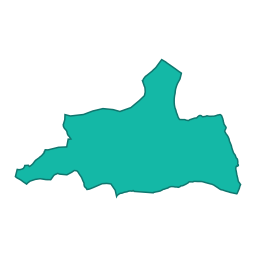 outline of Cas En Bas, Gros Islet, Saint Lucia
{"feature_id": "8701671B99981007165290", "entity_name": "Cas En Bas", "entity_type": "district", "adm_level": 2, "iso_a3": "LCA", "parent_name": "Saint Lucia", "parent_adm1": "Gros Islet", "projection": "natural_earth1", "projection_center": [-60.932, 14.085], "detail": "fine", "context": "isolated", "style": "filled", "palette": "teal", "viewbox_px": 256, "rotation_deg": 0, "n_neighbors": 0, "source": "geoboundaries", "source_scale": "gbopen_adm2", "svg_char_len": 5884}
<svg xmlns="http://www.w3.org/2000/svg" viewBox="0 0 256 256"><path d="M45.2,149.8L44.5,151.8L44.3,152.3L44.2,152.2L44.1,152.7L43.5,153.4L42.7,154.5L42.0,155.2L41.8,155.5L41.5,155.8L40.3,156.7L40.0,156.9L39.7,157.2L39.1,157.8L37.7,158.8L35.7,160.2L34.7,161.3L33.8,162.6L32.6,164.1L30.6,165.8L29.9,166.2L29.3,166.5L28.4,165.3L27.9,165.3L24.8,165.5L24.5,166.7L23.5,168.2L23.2,168.5L22.0,169.1L20.2,169.6L18.7,169.7L17.5,169.4L17.2,169.4L16.0,174.2L15.4,176.6L16.5,177.5L17.0,177.8L17.2,178.0L18.2,178.5L20.7,179.9L23.8,182.2L26.6,184.1L27.6,183.0L30.1,181.1L35.2,179.4L40.1,178.7L46.0,179.6L50.7,179.7L50.9,179.5L51.8,178.2L52.1,177.9L52.5,177.2L52.9,176.7L53.4,175.9L53.7,175.6L54.1,175.1L54.8,174.7L55.1,174.5L55.7,174.3L56.0,174.2L57.6,173.4L59.6,174.1L66.9,174.8L71.8,172.2L74.2,170.5L75.1,170.6L76.1,170.7L76.5,170.7L76.8,170.9L77.1,171.1L77.4,171.3L77.9,171.9L78.2,172.3L79.1,173.8L79.3,174.1L80.1,175.3L80.6,176.0L80.8,176.3L81.2,176.9L81.4,177.2L81.6,177.7L81.8,178.0L82.2,179.0L82.9,180.8L83.8,182.6L83.9,183.0L84.0,183.5L84.1,184.1L84.0,184.6L84.2,185.5L84.4,186.2L84.5,186.5L85.1,187.2L85.5,187.6L85.8,187.8L86.2,188.1L86.3,188.4L87.0,189.5L89.6,189.0L93.1,187.6L102.1,183.7L106.7,183.4L110.9,183.9L115.2,190.2L116.6,196.4L116.8,196.0L117.2,195.4L117.6,195.1L118.3,194.5L119.1,194.0L120.0,193.5L120.4,193.3L120.8,193.3L121.4,193.2L121.7,193.2L122.4,193.0L123.9,192.4L124.4,192.2L125.2,192.1L126.4,191.9L126.9,191.8L127.2,191.7L128.5,191.2L128.9,191.1L129.9,191.0L130.1,190.9L130.6,191.0L131.4,191.1L132.3,191.1L133.1,190.5L133.4,190.6L133.8,191.1L134.1,191.4L153.2,192.8L153.3,192.5L155.0,192.1L155.3,192.0L156.4,191.8L157.5,191.6L158.5,191.4L158.9,191.3L159.2,191.2L160.2,191.0L160.6,190.8L160.9,190.6L161.4,190.4L161.8,190.2L162.5,189.8L163.0,189.4L164.2,189.2L164.7,189.0L165.1,188.9L165.4,188.7L166.4,188.4L167.2,188.2L167.6,188.1L167.8,188.0L168.1,187.9L169.4,187.0L170.4,186.8L170.8,186.6L171.7,186.6L172.1,186.6L172.6,186.6L174.0,186.7L174.3,186.8L174.8,186.9L175.7,187.0L177.0,187.0L177.4,187.1L178.3,187.3L178.7,187.2L179.1,187.0L179.5,186.9L179.8,186.8L180.3,186.3L180.7,186.0L181.0,185.8L181.6,185.9L182.0,185.8L182.9,185.6L184.0,185.1L184.9,184.6L185.3,184.5L185.7,184.3L186.5,183.8L186.8,183.6L187.2,183.4L187.6,183.2L188.4,182.6L188.7,182.3L189.2,181.8L192.9,181.9L193.0,181.8L193.9,181.4L195.8,181.4L197.6,181.5L201.3,181.5L203.0,181.8L204.9,182.4L210.8,184.0L211.6,184.1L212.3,184.4L213.7,185.0L214.9,185.8L218.1,187.9L219.5,188.9L220.4,189.4L221.0,189.7L222.7,190.0L223.5,190.3L226.4,191.3L227.3,191.5L228.4,191.8L229.3,192.1L230.2,192.4L236.8,193.8L237.0,193.6L237.2,193.2L238.8,189.6L238.9,189.4L239.2,188.6L239.3,188.4L239.5,187.8L239.5,187.5L239.7,186.9L239.8,186.4L240.6,184.5L240.5,184.3L239.8,183.6L239.5,182.9L239.3,182.7L238.8,182.1L238.6,181.8L238.2,180.9L238.0,179.8L237.6,177.8L237.4,177.1L237.0,175.4L236.8,175.0L236.7,173.9L236.5,172.8L236.2,170.9L236.0,170.4L235.8,169.1L235.8,168.5L235.9,167.6L236.1,166.8L236.5,166.1L237.0,166.3L237.3,166.2L238.3,165.6L238.3,164.8L237.7,164.0L237.8,162.9L237.8,161.5L237.5,159.6L237.1,158.7L236.5,158.2L236.1,157.7L235.3,155.4L234.8,154.5L234.0,153.6L233.4,152.5L232.6,150.2L232.4,149.6L231.9,148.1L231.6,147.0L231.5,146.3L231.2,145.3L230.4,143.3L229.5,141.2L229.1,139.4L228.9,138.6L228.3,137.3L228.0,136.6L227.2,135.3L226.0,133.8L225.7,133.2L225.4,132.6L224.7,131.4L224.8,131.0L225.0,130.2L225.4,129.4L225.9,128.4L226.1,127.6L225.6,126.5L225.3,126.2L224.9,125.5L224.4,124.8L224.0,124.1L223.7,122.8L223.6,122.5L223.3,121.5L223.3,121.2L223.2,120.7L223.2,120.4L223.0,119.7L222.8,119.3L222.8,118.8L222.6,118.4L222.4,117.8L222.0,116.8L221.9,116.5L221.8,116.2L221.6,115.9L221.5,115.6L221.4,115.5L220.8,115.0L220.6,114.8L220.2,114.6L219.3,114.7L218.6,114.9L218.3,115.0L217.7,115.0L217.4,115.1L216.9,115.3L216.5,115.5L216.1,115.6L215.5,115.8L215.2,115.9L213.7,116.2L213.1,116.2L212.8,116.2L212.2,116.2L211.9,116.2L211.4,116.3L210.7,116.3L209.8,116.3L208.7,116.2L207.6,115.9L207.2,115.9L206.5,115.9L206.1,116.1L205.7,116.4L205.4,116.4L204.9,116.5L204.7,116.5L204.3,116.6L204.0,116.6L203.4,116.7L203.1,116.8L202.3,116.7L201.9,116.3L201.8,116.2L201.6,116.0L201.0,115.6L200.2,115.5L199.8,115.5L199.4,115.6L199.0,115.8L198.8,115.9L198.3,116.4L197.7,116.8L197.1,117.5L196.9,117.7L196.7,117.8L196.2,118.0L195.5,118.0L195.1,118.1L194.8,118.1L194.4,118.2L193.7,118.4L193.2,118.6L192.6,118.8L192.0,118.9L191.7,119.1L191.3,119.4L190.6,119.4L190.0,119.6L189.6,119.9L189.2,120.1L189.0,120.3L188.7,120.5L188.2,120.5L187.3,120.4L185.8,120.1L185.0,119.7L184.6,119.6L183.6,119.6L182.4,119.6L181.6,119.6L180.8,119.5L180.3,119.6L180.0,119.6L179.4,119.3L179.1,118.8L178.7,118.2L178.0,116.9L177.3,114.7L176.6,113.0L176.2,111.8L176.0,110.7L175.6,109.5L175.3,108.7L175.1,108.3L174.8,107.2L174.6,106.0L174.4,105.0L174.3,103.5L174.2,102.7L174.2,100.1L174.2,99.0L174.3,98.1L174.4,97.0L174.7,95.0L174.9,94.2L175.1,93.1L175.2,92.2L175.3,91.0L175.6,89.1L176.0,87.7L176.6,85.8L177.0,84.7L177.4,83.8L177.8,82.9L179.8,79.3L180.0,78.9L181.4,73.2L180.8,72.7L179.8,72.1L178.5,71.2L174.3,68.1L175.4,68.9L167.1,63.1L165.6,61.9L161.7,59.6L155.9,67.5L155.0,68.4L154.0,69.3L153.5,69.7L152.4,70.9L147.0,75.3L145.7,76.2L145.1,76.8L143.6,78.8L142.8,80.5L142.9,81.5L142.7,81.4L144.3,86.1L144.8,87.2L144.9,87.3L145.1,89.6L145.1,89.8L145.2,91.2L145.2,92.8L145.2,91.5L145.2,92.2L144.4,95.7L139.3,100.6L130.9,107.6L119.9,111.5L113.1,109.6L102.9,108.6L92.8,111.0L83.5,114.5L70.4,116.0L65.0,114.6L64.8,119.6L63.5,124.0L63.2,124.8L63.3,125.3L63.4,125.9L63.4,126.2L63.6,126.8L63.8,127.1L64.1,127.8L64.4,128.3L64.7,128.7L65.0,129.0L65.6,129.6L66.2,130.4L66.5,130.8L66.8,131.4L66.9,131.7L67.0,132.1L67.2,133.1L67.5,134.1L67.7,134.6L68.0,135.1L68.2,135.5L68.6,136.0L69.1,136.2L69.6,137.1L70.2,138.0L70.5,138.5L70.9,139.0L70.4,139.1L70.0,139.2L69.2,139.2L68.2,139.1L66.7,146.9L58.5,147.3L48.0,149.9L45.2,149.8Z" fill="#14b8a6" stroke="#0f766e" stroke-width="1.5"/></svg>